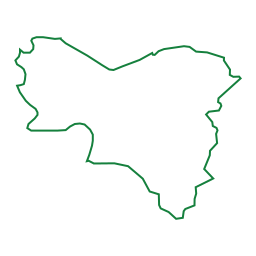 the border of South Lanarkshire
{"feature_id": "GBR-2010", "entity_name": "South Lanarkshire", "entity_type": "Unitary District", "adm_level": 1, "iso_a3": "GBR", "parent_name": "United Kingdom", "parent_adm1": "", "projection": "natural_earth1", "projection_center": [-3.869, 55.56], "detail": "fine", "context": "isolated", "style": "outline", "palette": "green", "viewbox_px": 256, "rotation_deg": 0, "n_neighbors": 0, "source": "natural_earth", "source_scale": "10m", "svg_char_len": 1319}
<svg xmlns="http://www.w3.org/2000/svg" viewBox="0 0 256 256"><path d="M93.9,163.5L88.7,160.8L86.9,161.2L89.3,154.8L92.0,145.7L92.8,140.7L92.8,134.6L90.1,129.6L84.6,124.5L79.9,123.5L74.8,124.0L70.1,126.5L65.7,130.1L57.5,130.6L43.0,130.6L36.3,130.6L31.2,130.6L27.3,128.1L28.5,124.0L34.7,118.5L37.5,114.9L37.5,112.4L35.6,108.9L30.1,104.9L25.8,100.8L19.9,92.3L17.1,85.7L20.3,85.2L23.8,84.1L24.9,79.9L25.5,74.2L23.8,69.3L21.4,67.1L17.0,64.3L15.4,60.4L16.7,59.0L18.9,56.6L20.0,52.7L20.0,49.7L20.6,50.2L23.6,52.7L29.9,52.7L33.2,49.1L33.5,45.3L31.3,40.7L32.4,38.6L36.5,37.2L43.1,37.2L54.9,38.9L60.7,38.4L60.7,39.0L65.7,43.3L87.3,55.6L102.2,65.2L109.3,69.5L113.5,70.0L122.6,66.3L139.7,59.9L152.2,53.0L152.8,54.7L154.7,54.9L158.6,51.2L164.0,49.1L184.0,46.2L189.6,46.9L196.1,51.6L207.1,52.4L224.0,57.7L223.9,60.5L230.0,69.6L229.8,74.9L233.3,76.8L239.1,76.6L240.6,78.4L218.5,98.3L218.1,102.1L220.5,103.5L221.3,105.9L218.9,110.5L208.9,111.7L206.1,114.5L212.3,122.1L212.8,126.0L216.5,127.9L217.5,130.4L216.1,133.9L217.1,143.1L210.0,150.8L209.8,155.3L204.2,169.0L213.2,178.5L195.7,187.2L196.2,193.6L194.6,198.9L194.5,205.4L185.3,209.0L183.7,211.2L182.8,217.8L176.1,218.8L168.6,212.0L160.7,208.4L159.1,205.0L158.8,194.3L149.7,191.5L142.8,178.7L128.1,166.2L114.3,163.3L93.9,163.5Z" fill="none" stroke="#15803d" stroke-width="2"/></svg>